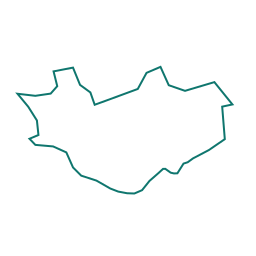 the Municipality of Krimuldas, rotated 84°
{"feature_id": "LVA-5768", "entity_name": "Krimuldas", "entity_type": "Municipality", "adm_level": 1, "iso_a3": "LVA", "parent_name": "Latvia", "parent_adm1": "", "projection": "mercator", "projection_center": [24.791, 57.268], "detail": "fine", "context": "isolated", "style": "outline", "palette": "teal", "viewbox_px": 256, "rotation_deg": 84, "n_neighbors": 0, "source": "natural_earth", "source_scale": "10m", "svg_char_len": 684}
<svg xmlns="http://www.w3.org/2000/svg" viewBox="0 0 256 256"><g transform="rotate(84 128 128)"><path d="M149.2,32.9L158.4,49.9L165.0,66.5L168.3,72.2L169.2,76.5L178.2,83.6L178.0,87.0L176.9,90.2L172.5,95.2L172.3,97.4L176.0,102.4L182.9,112.2L191.3,120.5L193.8,128.5L192.8,135.7L190.2,144.4L186.3,152.0L177.0,164.9L170.5,179.5L161.5,186.8L145.8,191.9L138.5,204.4L135.1,221.9L128.4,227.1L125.6,217.8L111.0,217.8L96.4,225.0L82.4,234.3L86.3,216.8L85.7,201.3L79.0,194.0L63.9,196.1L62.2,176.4L80.1,171.2L88.7,161.7L101.4,158.7L98.6,147.4L90.2,114.2L75.1,103.8L70.6,89.3L89.7,83.0L97.0,67.4L91.4,37.3L115.5,21.7L116.6,32.1L149.2,32.9Z" fill="none" stroke="#0f766e" stroke-width="2"/></g></svg>